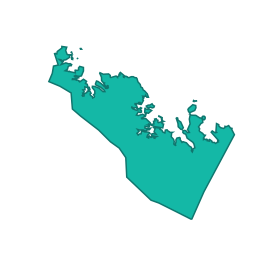 Kota Bontang, Kalimantan Timur, Indonesia, rotated 296°
{"feature_id": "22746128B2679722836886", "entity_name": "Kota Bontang", "entity_type": "district", "adm_level": 2, "iso_a3": "IDN", "parent_name": "Indonesia", "parent_adm1": "Kalimantan Timur", "projection": "equal_earth", "projection_center": [117.495, 0.112], "detail": "fine", "context": "isolated", "style": "filled", "palette": "teal", "viewbox_px": 256, "rotation_deg": 296, "n_neighbors": 0, "source": "geoboundaries", "source_scale": "gbopen_adm2", "svg_char_len": 5977}
<svg xmlns="http://www.w3.org/2000/svg" viewBox="0 0 256 256"><g transform="rotate(296 128 128)"><path d="M168.6,226.6L172.6,221.3L173.4,222.2L172.9,220.1L174.3,217.4L172.4,215.9L172.0,214.4L170.9,214.9L169.5,214.1L168.9,211.2L169.5,208.9L170.8,208.1L170.8,205.6L163.3,208.6L162.9,209.6L161.9,208.5L162.3,205.0L160.7,204.6L156.5,214.6L156.1,214.2L155.5,214.8L155.5,213.8L155.1,215.2L152.5,213.4L152.9,212.0L152.1,210.5L152.4,209.2L152.9,209.2L153.5,206.4L153.1,206.0L151.8,206.7L151.3,204.7L152.2,204.5L152.5,203.7L151.6,203.0L151.7,202.0L151.0,201.3L151.5,201.0L151.0,200.8L152.2,200.2L155.4,200.7L155.0,199.1L155.9,197.5L156.3,193.9L157.0,193.1L158.8,192.7L159.9,190.9L164.0,191.6L165.7,192.8L168.2,191.3L169.1,189.6L168.5,187.9L169.1,183.4L166.8,178.2L162.9,179.2L158.9,182.0L152.7,182.2L150.9,185.1L149.9,183.5L150.9,181.2L150.6,179.8L149.7,178.6L148.0,179.3L147.5,180.8L147.8,182.6L144.8,185.6L143.6,192.6L142.5,194.3L139.5,196.8L137.4,195.3L136.2,196.2L134.6,196.3L135.3,194.9L136.5,194.9L138.4,193.5L138.7,190.8L140.3,187.0L139.8,183.4L138.7,182.9L140.6,179.8L141.8,179.4L142.0,178.4L140.4,176.4L138.3,176.3L136.5,177.3L133.8,177.6L133.2,179.0L133.3,176.8L133.8,176.1L136.0,175.6L137.8,173.9L139.1,170.7L142.8,169.4L143.6,169.9L142.6,168.0L142.9,165.1L143.5,163.9L142.5,162.5L139.7,163.3L139.6,161.1L140.9,159.4L140.8,157.2L141.6,156.4L142.2,157.8L140.2,151.7L139.6,151.0L139.3,152.6L136.0,153.1L134.7,156.0L134.0,153.0L132.6,151.6L131.7,153.5L132.8,157.5L131.7,156.5L130.5,156.7L130.3,155.8L131.5,154.7L130.7,154.0L130.8,152.8L129.7,153.0L129.5,152.5L130.2,150.6L129.8,150.1L128.0,150.9L128.1,149.0L130.5,148.7L132.8,150.0L133.3,149.2L133.1,147.7L131.8,144.6L131.8,143.0L130.8,141.6L128.6,142.3L127.4,140.7L126.1,140.2L127.2,138.3L129.7,139.4L130.9,137.1L131.3,139.5L132.9,142.4L132.9,145.0L134.7,146.2L135.8,148.0L137.7,148.4L135.5,145.1L135.4,143.1L137.1,142.6L137.7,145.6L138.6,146.5L139.4,146.1L139.4,144.5L140.1,145.6L140.6,145.1L140.9,151.1L143.3,159.2L147.1,158.3L146.9,157.1L147.7,155.8L149.6,157.3L149.4,156.4L150.7,154.8L152.3,154.2L152.4,150.5L151.9,150.6L151.9,153.3L148.5,155.7L146.1,152.9L146.4,152.2L148.0,151.6L147.8,150.8L148.7,149.3L147.7,148.0L146.2,149.1L145.2,148.0L143.1,149.5L141.2,147.3L142.4,145.7L144.3,139.7L142.3,136.5L142.8,135.8L146.2,138.5L149.7,137.9L150.2,139.9L154.1,141.6L154.3,137.9L155.1,137.6L156.5,138.9L156.7,141.0L157.8,142.2L159.3,142.1L159.5,140.3L160.3,139.0L158.2,137.6L157.4,136.1L155.7,134.8L155.0,135.8L155.1,137.3L153.4,137.8L152.8,135.4L153.7,134.4L149.5,136.1L149.0,136.7L149.6,137.5L146.4,138.2L145.9,137.7L146.8,136.9L146.7,135.0L143.7,131.8L143.3,129.9L146.8,130.1L147.3,132.4L148.2,133.1L149.4,132.5L149.6,131.1L151.8,131.5L151.9,130.4L150.7,129.9L149.2,127.8L148.5,128.9L147.7,128.0L147.3,124.2L147.9,122.4L148.6,122.3L148.5,124.5L150.6,127.2L151.6,126.3L152.6,123.7L153.1,123.7L153.3,125.8L153.6,124.5L154.7,128.8L155.4,128.2L154.6,126.8L155.5,126.3L156.3,127.6L155.6,129.6L159.4,129.8L159.7,128.8L160.7,129.0L161.6,128.2L161.7,129.0L162.3,129.0L163.1,127.4L164.2,129.9L164.9,129.6L163.9,131.5L164.6,132.9L167.1,130.4L168.6,126.8L168.9,124.9L170.4,123.3L170.5,121.6L172.5,119.9L173.9,116.6L176.4,114.4L176.8,113.4L176.3,112.1L176.4,110.1L175.5,108.4L173.7,106.8L173.3,105.3L173.7,105.0L173.6,103.3L171.7,101.8L172.3,100.8L172.1,101.8L172.8,101.3L173.4,101.7L174.6,96.8L173.4,96.4L172.4,97.4L172.0,96.5L170.7,97.0L169.8,96.2L168.9,96.5L169.5,94.5L165.8,90.4L165.5,90.6L166.1,89.6L167.5,89.0L168.1,86.9L165.5,82.2L165.4,78.6L164.8,78.7L165.0,79.7L164.2,79.3L162.0,81.9L159.0,83.5L158.0,85.8L158.1,87.2L157.1,86.9L155.5,90.2L157.2,91.1L157.2,91.6L155.4,92.6L154.4,92.0L153.8,90.5L154.4,90.3L155.2,91.1L154.7,89.0L156.1,84.6L156.7,80.5L156.4,79.1L153.3,79.4L152.6,80.1L152.7,85.7L151.5,90.1L150.6,91.3L149.7,89.6L151.1,84.6L150.7,79.6L149.9,77.7L148.6,78.2L146.9,81.8L144.2,83.2L142.9,82.4L141.8,84.0L140.8,84.1L139.5,83.1L140.6,82.1L140.8,80.1L141.9,79.0L143.0,79.6L144.0,78.3L144.4,76.5L143.7,76.4L143.3,75.3L141.8,75.4L139.4,73.6L137.6,74.5L136.7,73.5L137.1,72.6L138.6,72.8L139.5,71.9L140.0,72.6L141.4,72.7L142.5,70.8L143.5,72.6L146.0,71.2L146.6,74.0L145.0,75.5L145.8,77.0L147.6,75.3L147.1,74.2L149.4,72.2L149.4,70.2L151.8,70.3L152.3,66.6L148.3,64.4L148.4,63.7L148.9,63.7L148.9,60.8L148.4,60.8L148.4,59.2L147.2,56.7L147.9,56.5L149.0,58.9L151.6,61.7L152.0,61.0L151.6,59.0L150.6,58.2L151.1,57.0L152.4,57.8L152.3,59.1L153.1,61.6L154.4,63.3L159.7,63.0L162.9,61.4L162.2,57.6L160.2,57.2L158.7,58.2L157.5,57.1L156.9,55.2L157.2,54.8L154.5,56.5L153.1,51.0L153.3,50.5L152.6,49.7L152.8,47.6L152.2,47.6L151.9,46.4L154.3,47.8L157.1,47.3L158.6,48.4L159.0,49.6L160.3,49.6L160.5,47.7L159.7,46.8L159.3,43.6L155.6,40.0L158.4,40.4L159.5,36.3L160.0,37.9L159.5,40.6L161.2,40.7L162.0,42.2L165.7,44.4L167.7,43.8L168.0,42.7L167.5,42.3L167.5,41.0L170.3,38.0L173.8,37.5L172.3,32.8L170.9,33.5L165.8,30.9L163.3,31.5L163.2,29.9L162.6,29.4L154.0,37.7L151.0,33.9L143.9,36.0L135.0,36.5L135.7,48.5L134.6,61.5L120.7,69.7L117.9,80.3L113.3,102.5L107.9,118.3L106.1,128.9L100.4,139.0L83.3,148.4L73.2,180.3L74.1,188.5L73.7,224.6L74.2,225.3L104.0,224.2L168.6,226.6ZM177.3,176.0L172.1,173.8L170.8,173.8L169.2,175.3L168.8,176.7L173.0,180.3L176.0,180.2L177.9,179.0L177.3,176.0ZM152.5,177.6L156.5,172.8L157.0,169.5L158.7,168.3L158.7,167.5L157.9,167.1L154.0,170.9L151.1,172.6L150.0,176.0L150.3,177.2L152.5,177.6ZM172.0,191.4L171.5,190.2L170.4,189.8L168.3,191.6L168.7,192.8L170.0,193.3L171.6,192.6L172.0,191.4ZM169.3,45.2L168.8,44.4L167.8,46.0L168.3,46.1L169.3,45.2ZM167.0,46.5L166.3,46.3L165.9,47.5L166.6,47.8L167.0,46.5ZM181.4,175.9L181.5,174.9L180.7,175.0L180.7,175.8L181.4,175.9ZM178.5,51.7L178.9,50.9L178.5,50.3L178.0,50.8L178.5,51.7ZM182.8,178.1L181.9,176.7L181.6,175.8L181.8,177.3L182.8,178.1ZM165.3,48.2L165.7,48.0L165.6,46.9L165.1,47.3L165.3,48.2ZM171.0,44.5L171.5,44.0L171.2,43.8L171.0,44.5ZM167.6,178.0L167.9,177.6L167.6,177.4L167.6,178.0ZM168.5,52.1L168.6,51.6L168.3,52.0L168.5,52.1Z" fill="#14b8a6" stroke="#0f766e" stroke-width="1.5"/></g></svg>